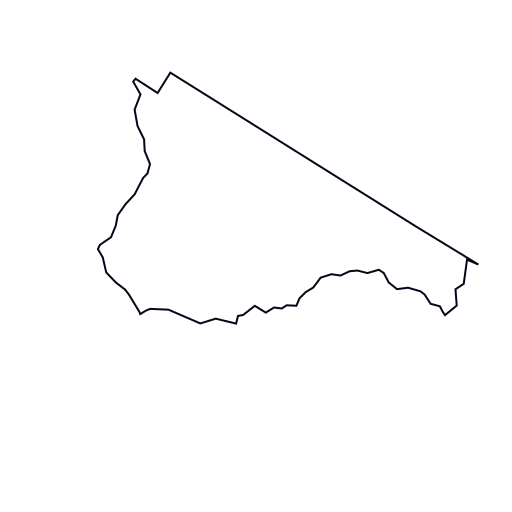 the district of Franklin, Washington, United States of America, rotated 32°
{"feature_id": "52423323B26709103627724", "entity_name": "Franklin", "entity_type": "district", "adm_level": 2, "iso_a3": "USA", "parent_name": "United States of America", "parent_adm1": "Washington", "projection": "equal_earth", "projection_center": [-118.831, 46.466], "detail": "fine", "context": "isolated", "style": "outline", "palette": "ink", "viewbox_px": 512, "rotation_deg": 32, "n_neighbors": 0, "source": "geoboundaries", "source_scale": "gbopen_adm2", "svg_char_len": 961}
<svg xmlns="http://www.w3.org/2000/svg" viewBox="0 0 512 512"><g transform="rotate(32 256 256)"><path d="M188.6,366.6L191.6,360.6L194.3,356.9L210.2,347.9L244.5,342.7L255.0,330.5L274.9,323.9L272.5,316.3L276.3,312.9L281.4,298.9L294.3,298.8L298.6,290.1L305.6,286.9L308.2,281.5L316.6,276.8L315.3,268.9L317.2,260.5L321.3,252.3L322.3,240.1L329.6,231.5L338.0,227.8L343.5,219.3L349.7,214.6L359.6,211.4L367.4,202.6L373.3,202.7L382.6,208.1L393.1,209.4L401.8,202.3L414.1,198.8L419.4,199.3L429.4,204.0L438.6,201.2L443.6,204.2L447.6,206.0L452.5,191.7L442.8,178.5L446.9,169.5L436.9,147.3L449.1,145.4L376.0,146.2L86.2,145.9L86.2,169.9L59.9,169.5L59.5,173.2L72.4,180.2L75.5,196.2L86.6,208.5L99.3,216.4L106.0,226.0L117.4,234.2L120.2,243.4L118.9,249.8L120.4,268.0L117.9,281.1L117.1,294.6L121.0,304.6L123.1,316.9L117.7,329.3L118.3,333.9L126.8,338.4L137.7,349.3L151.6,352.8L162.6,353.8L168.8,356.1L186.8,365.2L188.6,366.6Z" fill="none" stroke="#020617" stroke-width="2"/></g></svg>